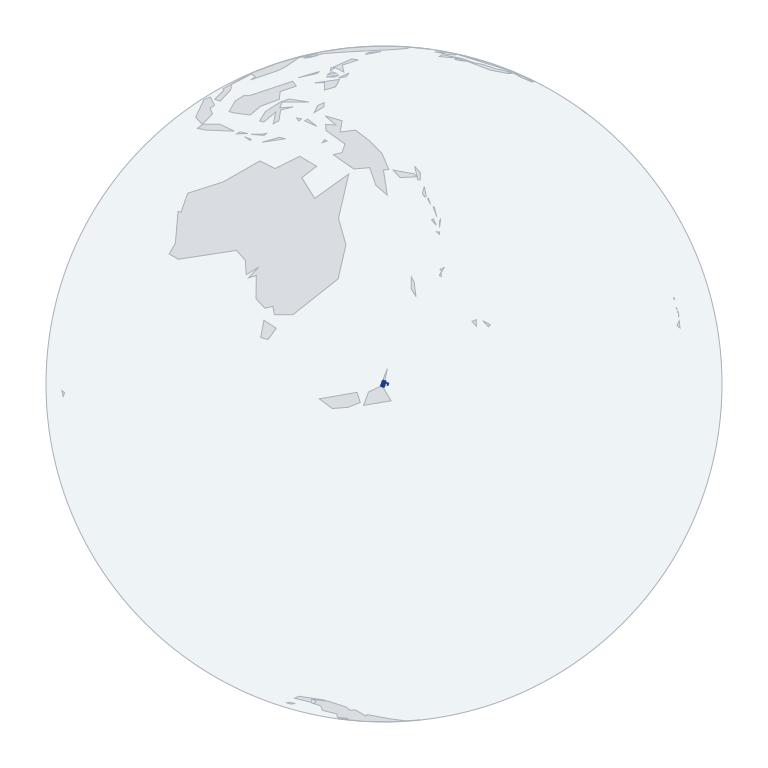 the Earth from above Auckland, rotated 47°
{"feature_id": "NZL-3398", "entity_name": "Auckland", "entity_type": "Unitary Authority", "adm_level": 1, "iso_a3": "NZL", "parent_name": "New Zealand", "parent_adm1": "", "projection": "orthographic", "projection_center": [174.852, -36.678], "detail": "fine", "context": "on_globe", "style": "filled", "palette": "blue", "viewbox_px": 768, "rotation_deg": 47, "n_neighbors": 0, "source": "natural_earth", "source_scale": "10m", "svg_char_len": 7443}
<svg xmlns="http://www.w3.org/2000/svg" viewBox="0 0 768 768"><g transform="rotate(47 384 384)"><circle cx="384" cy="384" r="338" fill="#eef3f6" stroke="#a8b0b8"/><path d="M413.1,265.8L413.5,268.3L413.1,268.5L413.1,265.8ZM597.3,646.1L597.5,645.9L605.3,639.1L599.2,643.5L604.6,638.2L595.8,645.4L593.2,643.5L580.9,651.5L576.2,649.8L567.9,654.5L570.3,651.9L569.8,650.3L566.0,651.5L578.1,641.0L594.3,632.1L599.4,631.4L602.7,627.3L614.7,623.6L614.2,621.9L634.5,606.8L645.2,597.8L654.4,586.6L637.0,608.0L618.0,627.8L597.3,646.1ZM541.2,129.9L539.1,125.0L544.9,129.3L541.2,129.9ZM534.7,121.3L536.1,123.1L534.3,121.4L534.7,121.3ZM531.4,119.6L533.8,120.8L531.1,119.9L531.4,119.6ZM527.0,118.0L529.3,118.7L529.1,118.8L527.0,118.0ZM519.9,114.2L518.1,113.1L520.1,113.3L519.9,114.2ZM554.1,659.4L575.2,642.6L565.1,651.7L567.5,654.1L552.9,663.7L554.1,659.4ZM557.2,666.8L554.4,670.5L550.9,672.5L552.1,670.4L557.2,666.8ZM324.7,51.3L318.1,52.6L318.9,52.4L324.7,51.3ZM248.8,74.3L244.7,76.1L193.0,105.5L191.3,108.2L185.9,113.0L175.6,120.3L183.2,113.3L179.9,115.0L185.8,110.4L175.0,118.5L198.3,101.7L223.0,86.9L248.8,74.3ZM163.7,127.7L171.2,121.6L155.1,135.6L154.5,138.1L145.7,149.2L117.1,183.1L101.1,202.9L98.2,208.0L96.5,208.4L87.1,224.2L84.9,239.7L82.5,247.7L70.6,274.2L71.7,268.6L66.9,269.5L60.9,291.0L64.3,295.5L65.3,310.9L60.4,313.6L60.0,300.8L58.4,300.6L62.5,282.7L67.3,266.2L76.6,243.7L87.5,221.9L99.9,201.0L113.8,181.0L129.2,162.1L145.8,144.3L163.7,127.7ZM169.2,624.0L172.5,623.6L174.3,627.1L169.2,624.0ZM108.1,317.4L114.5,314.3L114.5,315.8L108.1,317.4ZM101.3,317.4L108.0,312.7L100.6,321.2L101.3,317.4ZM110.7,310.9L117.6,303.3L120.6,299.0L120.4,302.2L110.7,310.9ZM97.0,321.0L76.8,341.1L69.8,346.1L70.6,339.2L82.0,326.9L97.0,321.0ZM70.1,339.8L60.5,339.8L53.2,321.7L55.6,315.3L64.5,317.8L63.7,323.0L69.5,325.4L70.1,339.8ZM96.6,285.0L96.0,298.4L84.0,308.3L79.1,311.5L75.5,299.6L77.5,289.9L81.3,285.8L100.4,244.3L106.2,245.1L99.3,260.5L104.4,266.5L96.6,285.0ZM111.3,221.0L101.5,237.8L111.5,218.0L111.3,221.0ZM119.2,204.8L118.2,209.6L116.4,207.0L119.2,204.8ZM95.0,214.9L90.8,220.7L92.3,217.4L98.6,208.1L95.0,214.9ZM138.9,159.3L133.0,168.8L130.1,172.9L131.1,168.9L138.9,159.3ZM371.7,409.4L381.3,414.0L376.5,426.3L366.6,438.6L350.8,441.4L371.7,409.4ZM266.0,442.5L255.5,428.4L269.7,424.8L272.4,438.4L266.0,442.5ZM379.3,400.7L383.3,388.1L375.0,371.0L386.3,387.1L401.1,390.3L385.7,413.5L379.3,400.7ZM185.6,400.8L152.5,449.3L142.4,452.4L138.8,440.6L117.3,416.9L120.0,415.3L110.6,397.5L126.6,363.6L136.2,322.7L152.2,316.7L160.0,290.3L178.8,284.8L177.0,303.4L201.0,308.2L206.4,266.6L231.7,304.2L256.3,317.0L275.8,345.8L271.2,403.3L258.6,416.9L251.4,412.3L247.4,419.4L234.3,419.4L217.6,403.4L214.0,410.6L213.1,395.9L210.1,410.1L198.9,401.0L185.6,400.8ZM324.4,291.0L329.9,292.4L341.9,301.0L332.8,299.1L324.4,291.0ZM399.9,272.6L404.7,277.0L398.2,276.9L399.9,272.6ZM413.1,268.5L405.1,268.6L413.1,265.8L413.1,268.5ZM340.8,265.8L344.5,268.7L342.6,269.6L340.8,265.8ZM338.4,264.8L340.0,260.6L341.1,264.9L338.4,264.8ZM308.5,241.8L310.8,239.7L312.4,241.3L308.5,241.8ZM124.1,308.2L132.1,292.5L137.5,288.7L124.1,308.2ZM303.5,237.5L296.6,237.4L296.8,235.2L303.5,237.5ZM302.9,232.6L301.6,229.7L307.3,236.5L302.9,232.6ZM288.9,226.6L297.9,231.4L288.0,227.2L288.9,226.6ZM284.3,227.5L278.3,225.7L278.5,224.8L284.3,227.5ZM227.1,238.5L248.0,252.7L233.3,254.5L216.0,246.9L206.2,259.4L181.7,264.7L186.1,256.9L181.9,248.8L159.0,253.5L154.4,249.6L161.8,242.6L147.9,244.1L162.9,235.1L169.9,244.2L178.8,231.8L196.0,228.8L214.1,228.3L230.4,234.2L227.1,238.5ZM164.7,260.9L167.5,259.9L165.5,264.5L164.7,260.9ZM267.0,219.8L275.6,225.1L274.9,226.7L270.9,226.0L267.0,219.8ZM233.8,231.5L250.6,218.8L255.0,218.4L244.1,231.4L233.8,231.5ZM245.7,213.1L254.3,213.3L259.4,218.3L257.7,220.1L245.7,213.1ZM133.8,263.5L133.5,267.1L129.9,266.4L133.8,263.5ZM138.3,259.2L149.7,257.4L137.5,262.5L138.3,259.2ZM108.3,266.2L111.0,271.8L119.5,261.3L113.1,272.6L119.8,281.4L118.2,287.6L111.3,277.6L110.4,293.2L106.8,295.5L103.9,284.8L107.1,267.6L110.8,259.1L126.7,246.5L108.3,266.2ZM137.9,250.0L135.1,242.7L137.4,235.9L140.3,238.9L137.9,250.0ZM128.4,227.1L123.0,221.9L116.5,229.4L131.0,208.7L133.6,216.9L128.4,227.1ZM126.1,210.3L119.9,217.1L127.2,206.0L126.1,210.3ZM119.1,215.0L120.0,209.2L124.1,207.1L119.1,215.0ZM129.0,208.7L132.7,197.5L133.4,202.3L129.0,208.7ZM122.3,197.0L128.5,200.6L117.8,204.5L124.3,185.8L129.4,181.8L122.3,197.0ZM194.3,111.0L196.9,107.8L203.4,104.3L199.8,107.5L194.3,111.0ZM227.1,92.1L206.0,102.4L189.6,112.1L191.6,111.9L182.3,120.2L182.7,116.9L198.9,105.1L210.3,99.2L218.0,93.5L230.1,87.1L236.9,82.1L244.1,78.5L241.5,81.5L227.1,92.1ZM239.4,80.3L255.5,71.8L265.0,68.9L263.5,70.1L252.2,75.0L247.8,76.2L239.4,80.3ZM272.7,64.9L272.4,65.0L271.0,65.5L272.7,64.9ZM266.1,67.3L262.9,68.6L262.2,69.1L258.2,70.5L261.8,68.9L266.1,67.3Z" fill="#d9dde1" stroke="#a8b0b8" stroke-width="1"/><path d="M383.2,387.6L383.1,387.4L383.0,387.2L382.9,387.0L382.9,386.9L382.7,386.4L382.8,386.3L383.0,386.2L383.1,386.3L383.1,386.5L383.3,386.9L383.3,387.1L383.4,387.3L383.5,387.3L383.5,387.2L383.5,386.9L383.8,386.9L383.7,386.9L383.4,386.8L383.7,386.5L383.9,386.4L384.0,386.4L384.3,386.6L384.5,386.5L384.4,386.4L384.2,386.2L383.9,385.9L383.8,386.0L383.7,385.9L383.7,385.7L383.8,385.7L383.6,385.5L383.3,385.5L383.1,385.6L382.9,385.9L382.9,386.0L382.7,385.9L382.7,386.0L382.4,386.1L382.1,385.3L382.0,384.8L381.9,384.5L381.7,384.0L381.0,383.2L380.9,383.0L380.8,382.7L381.0,382.5L380.9,382.7L380.9,382.8L381.0,382.7L381.3,382.8L381.5,383.1L381.6,383.3L381.8,383.4L381.8,383.5L381.7,383.5L381.8,383.7L381.9,383.8L381.9,383.7L382.0,383.9L382.1,383.7L382.3,383.5L382.3,383.4L382.2,383.4L382.2,383.1L382.1,382.7L382.1,382.4L382.2,382.2L381.9,382.2L381.8,382.3L381.5,382.3L381.4,382.3L381.3,382.2L381.2,382.0L381.3,382.0L381.3,381.9L381.5,381.9L381.5,382.0L381.7,381.9L381.8,381.9L382.0,381.8L382.0,381.7L382.3,381.5L382.4,381.4L382.5,381.2L383.0,380.8L383.4,381.3L383.5,381.4L383.7,381.6L383.9,381.6L383.8,381.8L383.7,381.9L383.8,382.0L384.0,382.0L383.6,382.1L383.6,382.4L383.7,382.6L383.7,382.8L383.6,382.6L383.4,382.4L383.4,382.7L383.4,382.8L383.5,382.9L383.5,383.0L383.4,383.1L383.4,383.3L383.4,383.5L383.5,383.6L383.9,383.6L384.0,383.6L383.8,383.8L383.7,383.8L383.4,383.7L383.5,383.8L383.6,384.0L383.8,384.9L383.7,384.8L383.6,384.7L383.5,384.8L383.4,384.8L383.4,384.7L383.5,384.7L383.4,384.6L383.2,384.5L382.9,384.7L383.0,384.7L383.2,384.8L383.1,385.0L383.2,385.3L383.3,385.4L383.3,385.2L383.5,385.0L383.8,385.0L384.1,385.0L384.2,385.3L384.1,385.5L384.4,384.9L384.5,385.2L384.5,385.4L384.5,385.5L384.8,385.5L384.8,385.4L384.7,385.3L384.7,385.2L384.8,385.2L385.0,385.2L385.1,385.4L385.1,385.6L385.3,385.7L385.5,385.6L385.8,385.5L386.0,385.7L386.2,385.9L386.2,386.0L385.8,386.0L385.6,386.1L385.5,386.4L385.4,386.8L385.2,387.0L384.6,387.1L384.1,387.3L383.7,387.4L383.4,387.5L383.2,387.6ZM387.3,381.7L387.4,381.8L387.3,382.0L387.2,382.1L387.1,381.9L386.9,381.9L386.9,381.7L386.7,381.6L386.4,381.4L386.3,381.2L386.4,381.3L386.5,381.3L386.5,381.2L386.4,380.9L386.5,380.8L386.6,380.7L386.4,380.5L386.5,380.4L386.7,380.5L386.8,380.6L386.8,380.8L387.0,381.0L387.1,381.3L387.2,381.5L387.3,381.6L387.3,381.7ZM385.5,384.4L385.7,384.5L385.6,384.8L385.4,384.9L385.2,384.9L384.9,384.7L384.7,384.7L384.8,384.5L385.1,384.5L385.3,384.6L385.5,384.4ZM384.0,382.3L384.3,382.6L384.2,382.7L384.0,382.4L384.0,382.3ZM385.3,381.0L385.4,381.3L385.2,381.3L385.1,381.2L385.3,381.0L385.3,381.0Z" fill="#3b82f6" stroke="#1e3a8a" stroke-width="1.5"/></g></svg>